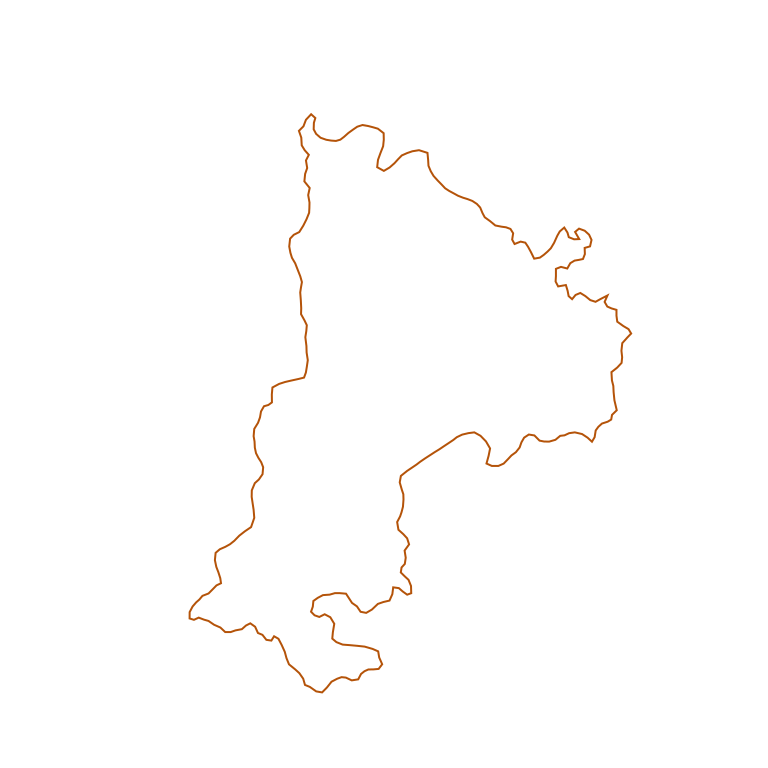 the district of Papagaios, Minas Gerais, Brazil, rotated 344°
{"feature_id": "56859067B20043946270672", "entity_name": "Papagaios", "entity_type": "district", "adm_level": 2, "iso_a3": "BRA", "parent_name": "Brazil", "parent_adm1": "Minas Gerais", "projection": "robinson", "projection_center": [-44.693, -19.372], "detail": "fine", "context": "isolated", "style": "outline", "palette": "amber", "viewbox_px": 768, "rotation_deg": 344, "n_neighbors": 0, "source": "geoboundaries", "source_scale": "gbopen_adm2", "svg_char_len": 4618}
<svg xmlns="http://www.w3.org/2000/svg" viewBox="0 0 768 768"><g transform="rotate(344 384 384)"><path d="M391.3,109.4L388.3,104.6L381.8,108.5L377.6,114.1L372.0,117.2L372.4,124.4L370.7,131.9L372.2,137.4L374.9,143.0L370.6,147.6L369.7,155.2L366.1,160.3L363.3,167.3L366.6,175.1L363.2,181.5L362.4,189.0L360.8,194.2L359.2,198.8L354.9,204.3L350.0,209.6L344.4,214.6L338.4,215.7L333.8,218.4L330.8,225.7L330.2,232.1L330.3,237.3L331.9,243.5L332.5,250.0L333.2,257.4L333.2,263.4L330.9,268.1L328.7,272.9L327.1,280.7L325.3,288.4L323.5,294.0L325.1,300.9L326.0,306.2L323.9,311.7L321.3,317.3L319.9,326.1L318.3,332.4L317.3,340.1L314.6,346.1L312.1,351.4L308.9,355.8L303.3,355.6L295.3,355.1L289.4,354.8L283.2,355.0L275.8,356.6L273.3,363.1L271.2,370.8L267.0,372.3L262.5,372.3L258.2,376.5L255.6,381.9L252.2,386.6L246.9,391.4L244.3,398.2L243.7,403.6L242.3,409.6L241.9,415.2L242.9,420.3L244.4,425.3L244.9,430.7L242.4,437.2L237.4,441.3L232.5,443.7L227.6,449.8L225.7,456.0L224.9,462.0L224.0,468.9L222.4,476.9L216.8,484.9L209.8,487.2L203.1,489.9L196.8,493.5L191.7,495.6L186.5,496.8L180.6,497.6L175.6,499.9L172.9,506.7L172.4,513.6L172.9,519.2L173.1,525.5L172.4,530.6L167.5,531.4L162.6,534.2L157.6,537.0L151.1,537.6L147.1,540.3L143.3,542.1L138.7,545.1L134.3,549.7L132.5,555.8L136.3,558.3L141.5,557.5L146.0,560.9L150.0,563.4L154.3,568.6L159.6,573.0L163.0,578.7L168.2,580.2L173.3,579.9L179.8,580.5L184.8,578.1L189.5,577.2L193.2,581.8L194.2,588.6L198.0,591.6L200.4,597.5L205.0,599.6L208.8,596.2L212.3,599.8L213.7,606.6L214.8,614.1L214.7,620.6L215.4,627.3L220.0,633.9L222.9,638.6L225.1,645.0L225.1,651.5L229.2,654.7L234.1,660.8L239.5,663.4L245.5,660.0L251.5,655.7L257.8,654.4L262.4,654.1L266.4,655.7L271.3,660.0L277.8,660.8L282.0,656.4L286.1,654.7L290.3,654.1L295.1,655.4L300.3,656.4L305.0,652.9L304.0,645.6L304.7,639.4L300.0,635.5L293.0,631.1L286.1,628.3L279.4,625.7L272.4,623.1L267.1,619.0L264.1,614.5L266.4,608.6L270.1,600.8L268.1,593.4L263.5,589.0L257.6,590.1L253.5,587.2L251.1,582.8L254.2,578.4L256.3,573.1L261.4,571.3L267.1,570.1L273.7,571.5L279.1,571.5L283.7,572.8L289.7,575.1L291.5,581.0L292.9,585.6L296.7,590.3L298.7,596.5L303.8,599.1L310.2,597.5L317.5,593.7L323.3,593.4L329.6,593.7L334.1,588.3L336.8,582.0L342.0,584.3L344.8,588.6L348.2,592.9L352.5,592.6L354.3,585.6L353.6,579.0L351.1,574.9L348.2,569.8L350.3,565.2L354.4,562.7L357.0,557.0L357.9,549.8L363.9,545.1L363.7,538.7L361.2,533.7L357.7,528.1L358.6,520.3L363.0,515.7L365.5,512.1L368.4,507.2L370.9,500.4L372.2,495.3L372.0,490.4L372.0,482.9L374.9,477.0L382.3,473.9L388.2,472.0L393.1,470.4L397.4,468.7L403.1,466.8L408.7,465.1L413.9,463.5L419.3,462.0L424.2,460.4L429.6,458.7L435.2,456.9L439.3,455.2L445.2,454.2L451.6,454.5L457.5,455.4L462.5,460.4L466.2,467.3L468.2,475.2L464.8,481.8L460.6,488.7L465.1,492.5L471.3,494.3L477.1,493.5L482.5,490.4L486.8,487.8L492.0,485.9L496.9,482.4L500.0,478.0L503.9,474.2L509.3,472.5L514.4,474.9L517.9,481.3L522.0,483.4L526.8,484.9L533.4,484.9L539.1,482.4L543.4,483.1L548.4,482.3L554.1,483.1L560.6,486.7L564.9,491.7L568.0,496.8L571.8,493.2L574.7,487.0L578.3,484.2L582.6,482.1L588.6,481.9L592.6,480.8L594.7,476.5L600.5,473.4L601.0,463.2L602.5,455.0L603.9,449.1L604.1,443.4L605.9,435.3L612.7,432.5L618.2,429.2L620.3,423.9L621.4,417.5L624.3,410.4L631.0,406.2L635.5,403.6L634.2,398.7L629.9,394.1L625.4,388.4L626.3,382.4L627.9,376.8L623.6,374.1L620.0,371.1L618.7,365.9L623.2,360.5L615.1,362.1L610.0,363.3L605.4,360.2L601.8,355.0L597.8,350.6L592.7,351.2L588.2,354.3L585.7,350.4L586.2,345.0L586.1,339.0L578.3,338.2L577.2,332.8L579.0,327.7L581.0,320.7L586.4,320.2L592.0,323.5L596.4,319.2L601.2,317.9L605.5,318.4L609.7,318.7L612.9,314.5L614.4,308.5L620.0,308.5L623.2,302.7L622.3,297.0L619.2,292.0L614.3,288.4L609.6,290.5L611.6,298.5L606.6,297.3L602.1,293.8L602.1,289.0L600.4,283.3L595.0,285.8L591.5,289.2L586.4,295.2L581.8,299.5L577.7,301.8L573.2,303.9L568.7,305.5L562.9,304.9L561.6,297.7L560.3,291.8L558.8,287.1L554.6,284.8L548.1,285.4L547.0,280.5L549.7,274.7L548.3,269.8L544.5,267.0L540.4,265.2L534.7,262.3L530.8,256.6L526.8,251.5L525.8,246.9L525.1,240.9L522.9,236.5L519.4,232.4L515.3,229.3L511.3,226.7L507.0,223.4L503.9,220.3L499.9,216.4L496.7,212.7L494.6,208.6L491.7,203.2L489.0,197.7L487.6,192.4L486.9,186.5L488.2,180.7L489.5,173.8L482.1,168.9L475.4,168.1L469.8,168.4L464.1,169.2L459.7,171.7L455.0,174.6L449.1,177.4L442.6,179.1L437.2,173.7L440.0,166.9L444.2,161.1L448.7,155.2L451.1,149.2L452.8,142.8L448.5,136.9L444.4,134.3L440.0,131.7L434.6,129.1L429.2,129.3L424.7,130.8L418.9,132.9L413.7,135.4L409.4,137.1L404.8,137.1L400.2,135.4L395.8,133.3L390.9,129.8L387.7,124.9L386.6,119.8L388.6,113.6L391.3,109.4Z" fill="none" stroke="#b45309" stroke-width="2"/></g></svg>